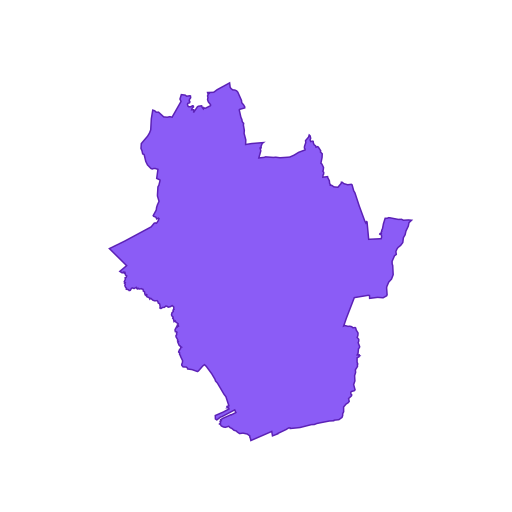 the district of Leleasca, Olt, Romania, rotated 138°
{"feature_id": "2599482B75677688782662", "entity_name": "Leleasca", "entity_type": "district", "adm_level": 2, "iso_a3": "ROU", "parent_name": "Romania", "parent_adm1": "Olt", "projection": "albers", "projection_center": [24.447, 44.768], "detail": "fine", "context": "isolated", "style": "filled", "palette": "violet", "viewbox_px": 512, "rotation_deg": 138, "n_neighbors": 0, "source": "geoboundaries", "source_scale": "gbopen_adm2", "svg_char_len": 6144}
<svg xmlns="http://www.w3.org/2000/svg" viewBox="0 0 512 512"><g transform="rotate(138 256 256)"><path d="M360.0,359.6L358.6,335.4L367.5,335.7L366.8,333.1L365.9,332.5L365.3,332.8L364.3,331.7L364.6,331.1L365.3,331.1L365.1,330.3L365.7,329.2L365.4,327.7L367.0,326.9L367.8,327.4L368.7,326.1L371.2,325.0L371.0,323.7L372.0,323.7L372.1,322.4L373.3,321.7L373.8,320.2L373.9,318.7L374.6,318.1L373.3,316.3L373.4,315.2L372.4,314.6L370.3,315.3L369.2,315.0L368.4,313.4L365.9,312.8L365.8,312.3L366.3,311.7L366.3,310.9L365.0,310.6L365.0,309.7L362.9,308.3L362.9,307.7L362.3,307.0L362.5,306.1L363.2,305.5L362.8,303.9L363.9,302.4L364.4,301.0L364.2,300.6L363.3,300.8L363.1,300.1L364.2,299.6L364.3,298.6L363.4,296.8L363.4,295.5L363.7,295.0L362.5,294.9L362.2,292.1L361.2,290.4L359.4,289.0L359.4,287.8L360.1,286.6L360.0,285.9L359.6,285.5L359.7,284.7L361.3,282.2L362.2,281.7L361.8,280.6L359.7,280.2L358.6,279.2L356.4,279.1L355.6,277.8L355.5,276.7L353.5,275.6L351.5,275.3L351.2,273.4L351.6,272.6L352.6,271.7L352.7,271.2L353.9,271.3L354.6,270.1L356.3,270.1L358.2,268.8L358.6,267.6L358.5,266.0L359.6,265.4L359.5,264.4L360.8,262.1L359.5,261.9L359.8,260.9L359.2,257.7L359.8,257.3L360.6,257.3L360.2,256.3L360.6,255.7L361.1,256.1L361.8,255.9L361.8,256.6L362.2,256.6L365.3,255.5L365.9,254.9L366.6,253.7L365.7,252.7L365.8,252.2L366.9,251.5L367.7,250.5L368.6,250.5L369.5,249.5L370.2,246.2L371.2,245.3L370.9,244.5L371.8,244.2L372.9,241.0L372.5,240.0L372.8,239.6L372.4,238.2L373.0,238.4L374.2,237.6L375.4,237.7L376.0,237.1L377.2,236.9L377.8,236.3L377.5,235.3L378.7,233.9L378.8,232.6L379.3,231.8L380.6,227.3L382.3,225.8L383.6,225.3L384.3,224.4L384.4,222.4L382.1,220.1L381.9,218.6L382.4,217.8L379.5,214.3L376.8,209.3L375.7,209.1L369.0,209.9L367.0,209.7L366.8,207.1L367.7,198.1L369.0,191.7L369.7,190.3L369.7,187.4L372.3,174.6L372.5,171.6L376.4,162.8L378.2,163.6L378.4,162.6L379.0,162.6L378.0,161.6L378.4,160.4L384.6,161.9L393.0,164.7L395.2,162.1L394.8,160.4L390.4,160.1L388.4,159.3L374.8,155.9L375.7,153.1L380.7,154.5L380.8,154.8L389.2,157.5L391.8,158.0L392.1,156.8L393.3,157.2L394.0,155.6L395.5,155.6L395.2,154.4L395.5,153.0L394.6,150.7L393.4,149.2L390.2,147.7L390.1,145.8L389.3,143.8L389.0,141.3L387.7,139.1L387.7,137.8L387.0,135.0L384.2,133.1L381.6,129.5L381.0,126.5L381.9,125.3L382.1,124.4L383.3,122.3L361.7,115.1L364.1,111.3L358.9,109.3L358.8,109.6L349.7,106.9L346.8,106.4L345.7,105.6L346.0,104.9L345.6,104.6L338.1,99.1L327.6,93.6L325.5,91.8L322.8,90.8L318.4,88.2L311.9,84.3L308.4,81.5L307.8,81.7L303.9,78.9L300.1,78.5L298.4,79.4L297.1,80.8L295.1,81.6L291.9,85.2L288.1,85.7L285.6,85.3L284.0,85.6L282.6,88.1L278.7,88.2L277.8,88.7L277.8,90.0L277.0,91.1L275.9,91.5L273.0,90.1L271.9,90.3L269.5,95.1L266.1,97.0L262.8,101.1L259.9,102.8L258.3,104.9L254.5,106.0L253.0,107.8L252.6,107.7L251.9,109.5L249.0,112.7L246.8,112.2L246.3,112.8L245.6,112.5L245.7,113.0L245.4,113.4L246.9,114.8L245.3,115.4L241.9,118.5L240.5,118.7L239.6,119.3L238.1,123.2L236.6,124.0L235.4,125.3L235.4,127.7L233.3,128.9L231.7,130.5L231.1,133.8L230.1,135.8L230.2,136.5L232.0,137.8L232.2,139.5L233.4,141.2L234.7,142.1L236.5,144.9L237.7,145.3L230.5,149.3L210.8,159.3L198.9,151.7L198.1,150.7L199.9,148.5L193.3,143.9L189.5,139.9L185.5,139.0L184.5,139.5L180.2,145.0L179.1,145.8L174.8,147.8L170.7,148.2L166.6,150.3L160.8,157.4L160.1,159.0L158.4,161.0L152.9,163.5L150.7,163.3L149.1,165.7L146.8,166.8L144.8,167.3L141.4,167.1L137.9,167.8L134.2,171.0L131.0,172.0L127.9,174.2L122.8,176.3L120.0,178.4L116.5,178.5L118.6,180.8L122.5,183.9L123.3,185.9L125.8,188.0L131.0,194.9L132.0,195.9L133.1,196.1L134.8,197.6L139.7,194.7L143.8,191.6L145.4,191.0L146.1,190.1L147.0,190.0L147.7,188.9L148.8,189.7L149.4,189.5L149.4,189.1L148.8,188.5L148.9,187.4L149.9,186.1L151.4,185.1L161.1,193.0L150.7,207.0L150.8,207.5L152.3,207.0L151.7,209.4L145.9,223.9L140.2,236.8L139.8,239.0L137.0,244.6L137.2,245.5L140.2,247.6L142.3,251.0L142.6,253.1L143.2,253.7L143.9,253.0L149.2,252.3L151.9,255.3L152.3,257.4L153.4,258.8L152.8,259.1L152.9,260.4L151.1,262.9L150.3,266.1L149.7,267.1L153.6,269.8L152.0,271.3L151.1,271.5L150.0,272.5L149.7,272.9L149.6,274.4L148.7,274.7L146.6,276.6L145.5,280.3L145.7,281.5L141.0,285.0L138.4,287.6L138.5,290.2L137.5,290.9L136.8,295.2L137.1,296.1L138.6,296.7L138.0,298.0L138.4,299.8L137.6,301.9L136.8,302.9L137.2,303.6L138.8,304.5L138.1,306.1L136.6,306.9L135.4,309.0L135.5,310.3L137.4,309.2L142.0,308.6L143.2,306.9L146.5,305.1L147.8,303.9L148.0,302.6L148.6,302.0L154.9,304.5L160.3,305.5L164.6,306.9L166.0,307.9L172.5,313.0L175.2,316.2L177.1,317.6L182.6,323.3L183.9,323.8L188.3,327.0L182.1,330.9L180.7,333.5L179.8,332.9L179.0,334.0L177.7,334.7L176.0,335.5L174.7,335.4L184.0,342.5L189.1,345.8L185.9,349.1L182.8,355.1L180.6,357.2L177.8,361.7L176.4,362.9L176.5,364.2L176.1,365.5L175.2,366.8L174.4,369.2L170.7,375.8L170.0,375.9L165.3,373.6L164.6,374.3L164.1,376.6L164.0,379.5L162.7,381.3L159.9,389.9L159.9,391.7L160.7,393.5L162.2,395.1L162.5,397.3L162.3,398.7L159.8,402.3L173.6,405.6L177.3,405.9L178.2,406.2L182.6,409.9L182.8,409.5L182.7,409.0L181.3,408.0L183.3,408.5L184.0,407.7L184.9,407.4L185.6,406.0L187.3,404.7L188.3,402.5L188.5,399.2L188.7,398.5L189.4,398.2L194.5,399.6L195.3,400.1L195.5,401.2L196.7,400.6L196.6,402.2L195.9,404.0L198.5,405.8L199.6,406.1L206.5,404.4L205.1,405.4L204.5,406.4L206.0,407.7L204.5,408.6L202.7,408.6L202.2,409.4L202.6,410.1L204.8,410.7L206.1,411.9L206.3,412.8L205.6,414.4L204.6,415.1L202.9,414.3L202.1,414.7L201.8,415.1L201.9,415.9L200.6,416.9L198.7,417.3L197.6,418.8L198.0,419.4L200.6,421.1L201.0,423.0L203.5,425.9L207.5,423.5L208.3,421.0L225.5,415.3L226.8,417.2L229.1,418.5L231.5,421.1L232.2,428.1L233.9,429.6L234.1,431.7L235.1,433.5L242.0,428.0L249.8,420.2L252.8,418.7L256.3,417.6L266.0,416.3L269.5,412.9L270.3,410.5L271.9,407.7L271.3,406.5L271.5,405.8L274.6,400.1L275.7,396.3L275.5,391.3L274.9,390.1L273.7,389.6L272.4,388.6L270.9,386.0L277.9,380.1L276.5,376.8L276.9,376.2L280.8,373.6L282.6,373.0L288.3,367.4L289.1,366.5L291.5,361.5L295.0,360.0L297.4,358.6L299.4,356.9L305.4,354.8L305.5,354.0L304.4,351.8L305.0,350.0L303.2,349.5L303.1,348.7L304.9,347.7L307.5,347.0L308.1,347.0L308.7,348.0L309.7,348.5L314.4,347.8L343.5,354.9L360.0,359.6Z" fill="#8b5cf6" stroke="#5b21b6" stroke-width="1.5"/></g></svg>